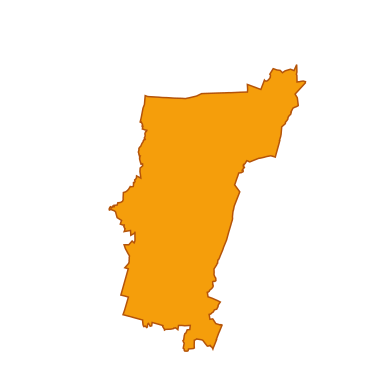 Jaunpils pag., Jaunpils, Latvia, rotated 288°
{"feature_id": "27541924B39343861485038", "entity_name": "Jaunpils pag.", "entity_type": "district", "adm_level": 2, "iso_a3": "LVA", "parent_name": "Latvia", "parent_adm1": "Jaunpils", "projection": "robinson", "projection_center": [22.962, 56.749], "detail": "fine", "context": "isolated", "style": "filled", "palette": "amber", "viewbox_px": 384, "rotation_deg": 288, "n_neighbors": 0, "source": "geoboundaries", "source_scale": "gbopen_adm2", "svg_char_len": 5848}
<svg xmlns="http://www.w3.org/2000/svg" viewBox="0 0 384 384"><g transform="rotate(288 192 192)"><path d="M269.2,117.7L260.6,119.7L260.0,119.7L258.6,119.6L256.6,119.5L248.8,120.5L246.2,120.8L242.0,121.1L241.9,121.1L242.7,121.5L243.0,121.9L241.0,124.0L240.5,124.0L240.3,124.2L239.8,124.1L239.2,124.2L239.3,125.0L238.2,125.0L237.9,125.0L237.5,125.3L236.6,125.3L236.6,127.1L236.5,127.8L236.7,130.0L235.4,129.9L235.1,129.4L234.9,129.4L234.6,129.2L232.8,129.2L232.2,129.5L231.9,129.8L231.2,130.0L229.9,130.2L228.6,129.9L228.2,130.4L227.8,131.2L227.2,131.0L226.6,130.0L225.3,130.0L225.3,129.9L224.8,130.0L222.8,129.4L219.7,129.1L218.4,128.4L217.9,128.2L216.6,128.1L215.8,128.5L214.8,128.6L213.5,128.6L213.1,128.8L212.2,129.6L211.6,129.7L210.9,130.5L210.4,130.5L210.0,130.8L210.2,131.6L208.8,131.4L208.3,131.9L207.4,131.8L203.7,134.2L203.5,135.0L202.8,134.8L202.7,134.9L203.4,136.3L201.7,137.0L199.9,136.0L198.8,135.3L195.3,136.2L191.9,137.9L189.4,139.0L190.2,134.3L188.5,134.7L187.2,134.6L186.7,134.3L185.8,133.7L185.5,133.8L185.0,134.2L184.7,134.5L184.0,134.5L183.0,134.2L183.1,133.5L183.0,133.4L180.2,134.3L179.1,134.4L177.7,131.6L177.8,131.5L175.2,130.9L174.3,130.5L173.1,129.9L171.6,128.8L170.3,126.9L164.8,128.4L163.7,128.9L161.7,128.8L160.1,127.4L159.2,125.7L158.9,124.8L156.4,124.8L155.3,122.1L155.2,121.9L154.8,122.1L154.0,122.6L153.8,122.4L153.7,121.9L153.7,121.6L154.0,121.4L154.1,121.1L153.2,121.0L152.5,120.6L152.0,120.3L152.1,120.0L152.8,119.6L153.0,119.3L152.8,119.0L152.5,118.8L150.8,118.4L150.3,118.6L149.6,118.7L149.3,119.0L149.4,119.3L150.3,119.4L150.3,119.7L150.2,120.0L150.3,120.3L150.1,124.0L149.5,125.4L144.5,128.7L143.2,133.8L139.3,133.7L139.2,136.5L139.6,137.7L138.0,137.9L137.9,138.3L137.1,138.7L136.5,139.4L136.5,139.6L134.5,139.8L133.4,139.7L136.4,145.4L131.9,147.2L134.7,149.8L135.9,150.2L135.8,150.3L131.9,151.5L130.7,152.0L128.4,152.7L127.8,152.8L126.5,152.8L125.7,152.7L126.9,150.2L122.3,148.2L120.8,143.7L117.5,146.2L116.4,147.4L113.6,150.3L111.9,152.3L110.0,152.6L109.1,153.0L107.2,153.4L106.4,153.8L105.0,153.8L104.8,153.9L103.3,153.3L99.2,151.5L99.3,155.1L72.0,156.2L72.3,160.1L72.4,164.0L59.0,164.4L54.0,164.3L54.3,169.6L55.0,184.6L53.6,185.1L50.7,186.4L49.5,187.3L49.1,187.9L49.8,188.6L50.0,188.8L49.1,190.9L49.4,191.1L50.3,191.2L51.2,190.8L52.4,190.8L53.3,190.9L53.6,191.2L52.7,192.2L51.4,193.7L52.3,195.0L55.6,194.4L55.9,201.4L56.0,205.6L55.0,205.7L53.1,208.0L52.2,208.5L53.1,209.3L53.4,209.9L55.0,214.2L56.4,216.7L57.1,216.9L57.3,217.8L57.8,218.3L56.7,221.1L60.9,220.4L61.8,223.0L62.2,224.6L62.5,226.3L64.6,231.6L60.5,232.4L59.4,230.0L56.1,229.8L55.2,229.0L53.1,229.0L48.7,229.8L47.9,229.3L46.8,230.1L45.8,231.3L40.7,231.9L40.2,233.1L38.8,233.7L38.5,234.3L39.1,236.5L39.8,237.3L41.6,237.2L42.1,238.2L42.7,239.7L43.5,241.6L44.4,242.4L46.7,241.5L51.8,240.0L52.1,240.5L52.3,240.7L53.7,241.9L53.6,242.0L54.1,244.6L54.1,245.1L54.2,245.5L54.4,246.5L54.3,248.1L51.9,251.5L50.2,254.1L50.3,254.7L50.4,254.9L51.8,256.7L51.7,257.0L51.1,257.0L50.4,259.2L49.1,260.4L51.4,260.4L51.5,260.5L59.1,261.0L59.1,260.7L61.7,260.8L63.9,260.9L66.3,261.0L67.9,261.2L74.7,261.7L74.8,260.7L74.8,260.4L74.6,260.1L74.2,259.9L74.3,259.7L74.2,255.3L77.7,251.0L77.7,250.9L76.5,248.4L80.9,246.1L81.4,246.9L81.5,247.0L81.4,247.1L82.3,247.9L83.5,248.4L84.5,249.3L86.8,249.7L88.2,251.7L88.3,251.7L91.0,252.2L92.1,251.9L93.1,252.0L96.1,252.9L96.6,249.9L97.2,243.9L97.3,239.6L100.7,237.9L101.3,237.5L101.9,238.4L103.0,239.1L103.9,239.1L106.3,240.6L108.4,241.3L110.0,240.9L110.2,240.3L111.0,240.2L112.9,239.4L113.6,239.8L113.8,240.4L114.0,241.3L115.1,242.1L117.2,241.3L117.2,241.2L117.7,240.9L118.4,239.9L119.5,239.0L120.3,238.4L122.3,237.9L125.6,236.7L130.1,237.9L132.2,238.1L132.3,238.3L134.9,237.7L135.3,237.7L135.6,237.8L135.9,238.2L136.1,238.2L138.3,238.5L139.2,238.5L146.5,239.1L149.3,239.1L157.0,239.7L165.3,239.3L173.3,239.1L174.5,239.0L177.7,239.0L179.2,238.8L181.0,238.1L183.3,237.6L185.6,237.1L187.1,236.9L187.6,237.0L191.6,236.5L196.9,236.8L206.9,237.4L212.0,230.3L212.8,230.4L219.1,230.5L221.2,230.6L224.5,230.6L225.7,233.0L226.2,233.2L226.4,233.5L226.6,234.0L227.0,234.2L227.5,234.3L227.8,234.2L228.1,233.7L228.5,233.8L228.7,233.6L228.8,233.4L228.6,233.1L228.8,233.1L229.4,233.4L229.6,233.5L230.7,233.6L230.9,234.0L231.2,234.2L231.6,234.3L231.8,234.1L231.8,233.9L231.8,233.7L231.5,233.5L232.1,233.0L232.3,232.9L232.9,233.1L233.0,233.0L233.2,232.5L233.5,232.5L234.1,232.6L234.1,233.0L234.3,233.1L234.6,233.0L235.3,233.6L235.6,233.7L238.8,234.5L238.6,236.1L238.4,237.3L238.5,237.7L240.9,240.5L244.7,245.1L245.1,246.0L245.5,246.8L247.1,249.5L248.9,252.2L249.1,252.6L250.8,255.7L250.9,258.1L251.0,258.1L250.9,260.4L262.3,259.9L264.7,259.8L268.0,259.6L268.0,259.3L270.6,259.2L272.0,259.2L274.4,258.9L276.1,258.5L281.7,257.2L285.6,259.5L286.2,259.6L287.1,259.3L289.4,260.2L290.9,260.6L292.7,260.3L295.1,261.0L296.1,261.8L297.9,261.8L298.7,261.7L298.7,261.4L301.0,261.8L302.8,262.1L303.4,262.5L303.8,263.0L304.0,263.1L305.5,265.0L306.9,266.3L307.2,266.3L313.8,263.2L314.3,262.9L315.8,261.1L317.0,259.8L330.8,266.1L331.3,265.8L332.0,265.8L331.9,263.5L330.7,261.0L330.3,260.5L329.1,257.9L335.3,255.7L336.2,254.9L338.5,254.7L345.5,252.2L339.0,251.5L339.2,247.7L336.0,243.1L333.4,241.2L334.9,238.3L334.3,235.0L334.4,232.3L334.4,231.1L328.1,229.6L327.7,230.3L327.2,230.6L325.8,230.8L325.6,231.0L324.9,231.0L324.5,230.8L323.7,230.6L322.7,230.2L321.7,229.7L320.9,229.1L320.5,228.6L320.3,227.7L320.4,226.9L320.8,226.3L320.7,226.3L318.3,226.2L310.8,225.8L310.8,225.6L311.4,211.8L311.4,211.6L311.4,211.4L308.6,212.5L306.5,213.3L304.2,213.8L301.9,207.4L298.5,198.4L297.8,196.2L296.4,192.5L295.6,190.2L294.1,186.0L289.3,172.8L288.5,170.7L284.6,166.6L280.4,159.7L280.0,158.9L278.8,156.9L278.0,153.6L275.8,146.2L274.1,139.4L272.8,135.0L272.3,132.9L271.9,131.1L269.5,122.0L269.1,120.3L269.2,117.7Z" fill="#f59e0b" stroke="#b45309" stroke-width="1.5"/></g></svg>